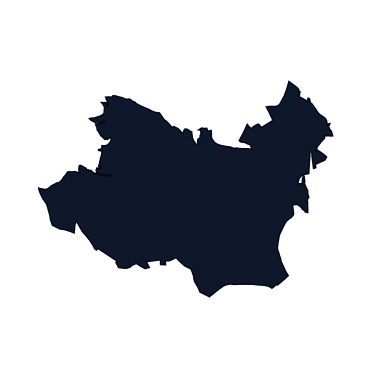 Sincai, Mures, Romania (orthographic projection), rotated 348°
{"feature_id": "2599482B3867982596225", "entity_name": "Sincai", "entity_type": "district", "adm_level": 2, "iso_a3": "ROU", "parent_name": "Romania", "parent_adm1": "Mures", "projection": "orthographic", "projection_center": [24.372, 46.658], "detail": "fine", "context": "isolated", "style": "filled", "palette": "ink", "viewbox_px": 384, "rotation_deg": 348, "n_neighbors": 0, "source": "geoboundaries", "source_scale": "gbopen_adm2", "svg_char_len": 6048}
<svg xmlns="http://www.w3.org/2000/svg" viewBox="0 0 384 384"><g transform="rotate(348 192 192)"><path d="M264.6,278.3L264.8,275.1L264.3,273.1L264.3,270.5L263.7,266.4L263.8,265.1L264.0,263.8L265.5,259.6L268.1,253.0L270.0,250.1L271.3,248.6L274.1,244.8L277.3,241.0L279.4,239.4L284.2,237.2L286.3,235.6L286.8,234.3L287.0,233.0L287.5,226.9L287.8,225.4L291.4,225.9L292.5,226.2L293.7,227.2L295.1,229.1L296.0,229.7L296.2,231.4L296.6,232.1L298.2,233.5L298.8,235.2L300.9,236.1L301.9,231.3L302.2,228.9L302.7,227.5L302.9,224.9L303.6,222.7L304.8,221.9L305.0,221.4L305.1,220.7L304.8,218.1L305.4,214.6L304.3,210.4L303.7,206.7L304.4,205.5L304.6,204.4L304.7,202.2L304.3,201.7L304.5,201.0L305.0,200.6L304.8,200.1L303.6,200.9L302.8,202.1L301.5,207.0L297.6,205.9L297.6,204.8L299.6,201.0L301.7,199.4L302.2,199.1L304.9,198.8L305.5,198.1L310.0,198.2L315.8,177.2L317.7,178.0L317.0,180.8L315.8,194.2L318.2,193.9L318.2,190.7L328.2,188.4L328.9,188.1L330.9,185.6L327.5,181.4L324.0,177.7L323.4,177.3L322.1,178.5L321.2,178.5L321.0,178.2L321.5,177.4L323.1,175.6L324.0,173.4L324.6,173.2L324.9,172.6L325.9,172.3L328.9,169.6L330.5,168.6L331.3,167.7L332.4,167.4L332.6,167.2L333.0,165.6L333.3,165.1L333.7,164.9L335.0,164.9L337.5,165.4L339.6,166.1L341.2,166.3L341.2,164.8L340.9,161.7L340.6,160.7L339.8,159.7L339.3,157.2L338.9,156.0L339.0,155.7L340.1,155.4L340.2,154.9L341.0,153.8L338.5,153.8L338.6,153.3L338.1,153.0L338.3,152.3L338.4,150.2L337.7,147.7L332.6,142.2L331.2,139.6L330.1,136.4L328.0,131.7L327.4,130.4L326.5,129.7L326.3,128.9L326.2,126.1L326.3,125.1L325.8,124.7L325.1,124.4L324.2,126.5L323.7,127.2L318.6,122.7L317.2,121.6L316.8,121.1L317.2,119.8L317.4,118.5L318.5,116.6L317.1,115.6L317.6,114.7L317.7,114.1L316.9,112.4L316.3,111.5L309.8,104.1L306.4,110.6L302.1,117.5L295.7,124.8L292.2,125.9L284.9,124.3L282.4,124.3L284.3,130.9L284.9,134.0L285.5,136.0L286.0,138.9L273.4,143.4L271.1,139.4L269.6,139.8L269.1,139.7L264.6,141.4L263.5,142.3L263.1,142.3L262.2,141.2L260.9,139.2L260.5,138.3L260.3,137.4L260.0,137.5L254.8,144.6L248.9,151.6L250.3,153.2L250.8,153.5L251.4,153.5L254.8,155.0L255.5,155.8L257.4,157.1L258.7,157.7L259.9,163.1L259.3,163.1L258.9,162.4L256.0,161.5L247.4,159.4L244.5,158.2L242.0,158.1L239.1,156.1L235.9,155.0L230.0,152.6L226.3,150.3L224.1,147.9L223.2,145.5L222.9,145.0L222.5,144.0L222.4,141.9L223.1,138.7L223.5,135.8L220.0,135.8L219.7,132.9L219.4,132.7L217.7,132.6L215.3,131.6L214.0,131.6L211.5,132.6L212.9,133.1L213.1,133.3L213.2,133.7L213.3,134.6L213.0,136.4L212.5,137.8L211.6,138.6L211.4,140.1L210.6,141.3L209.7,141.3L208.9,141.6L208.2,142.8L207.9,144.4L207.9,146.1L207.8,146.4L206.4,146.5L206.0,146.3L205.7,146.0L205.5,145.1L205.0,144.2L205.0,143.8L204.5,143.2L203.7,139.9L203.6,138.6L203.8,137.8L203.9,134.1L204.3,133.3L201.9,131.4L201.4,130.7L200.1,129.5L198.0,129.0L197.6,129.3L196.2,131.5L195.1,133.0L192.2,128.2L191.5,127.2L190.1,126.0L187.7,124.2L187.2,124.9L185.9,124.6L182.7,119.1L181.6,117.5L180.1,115.9L179.3,114.7L178.8,113.2L176.5,107.8L174.6,107.3L171.5,105.9L166.1,101.7L160.1,97.5L157.6,95.5L157.0,94.8L156.1,94.3L155.8,94.3L155.3,93.5L155.3,92.7L152.7,90.8L151.9,90.1L151.2,89.0L150.2,88.2L149.6,87.9L147.9,88.0L145.4,86.8L143.7,85.4L139.0,83.2L138.1,82.5L137.0,82.2L135.0,81.3L134.6,81.5L133.6,82.4L132.7,82.4L129.7,81.6L127.2,81.3L128.3,87.3L127.8,90.0L126.8,89.9L126.7,86.8L122.1,85.7L123.5,88.5L123.8,89.5L124.0,91.2L123.7,92.4L123.1,94.0L122.7,96.0L122.0,96.9L120.4,98.0L117.0,98.8L111.5,99.3L108.8,98.8L106.9,99.0L107.5,100.0L109.4,101.9L111.7,103.6L112.6,103.9L114.3,103.8L117.4,105.7L119.2,104.8L120.4,104.4L121.0,104.6L121.0,105.3L118.0,106.2L115.9,106.1L111.8,105.4L111.9,106.1L112.5,106.2L112.6,106.6L112.5,106.9L112.0,107.0L111.9,107.2L112.1,107.4L112.6,109.0L112.4,109.6L112.2,111.6L112.4,112.2L113.2,112.6L113.3,113.0L113.0,113.8L113.9,115.2L114.2,116.7L114.2,117.1L114.5,117.8L114.9,118.4L115.3,118.9L115.9,118.9L116.1,119.1L116.1,120.1L117.8,122.5L119.4,122.0L119.9,123.1L122.9,121.6L124.1,122.6L124.1,123.1L123.7,123.5L124.0,124.3L121.4,127.0L120.0,127.9L118.9,128.5L117.0,128.7L116.3,128.7L113.6,128.0L113.0,130.0L112.3,130.8L111.6,131.2L110.0,131.0L109.3,131.2L109.2,131.6L109.5,132.0L110.8,132.6L112.4,133.0L112.6,133.2L111.4,136.7L110.5,138.3L107.6,144.3L107.2,145.8L106.6,146.3L106.2,147.3L106.0,147.9L107.8,149.2L107.2,150.4L104.9,149.3L104.2,148.7L103.9,148.8L103.5,149.8L102.9,150.4L102.8,151.1L103.0,151.5L102.7,152.3L102.6,153.5L105.3,154.6L106.6,155.5L108.8,156.5L110.1,157.4L113.4,158.3L115.6,158.3L115.5,158.8L113.2,158.8L110.6,158.4L107.8,157.1L106.6,156.7L104.7,155.5L102.6,154.7L101.8,154.0L100.8,153.7L98.9,152.0L97.6,149.8L97.0,149.8L96.3,150.4L95.8,150.4L95.5,149.6L95.7,149.3L95.3,148.8L93.6,148.4L93.3,146.9L89.2,143.3L88.2,142.7L87.7,142.7L87.2,143.0L86.5,144.6L86.0,146.5L86.1,148.1L85.2,149.8L82.5,148.1L81.3,147.6L80.9,147.7L78.8,147.5L76.5,146.8L74.7,146.5L71.9,149.1L69.6,150.8L67.6,152.9L65.2,154.5L63.6,155.2L63.2,155.3L61.6,154.8L61.9,155.1L56.6,156.5L51.7,158.8L49.9,159.2L48.7,159.0L45.5,157.7L43.4,156.8L42.9,156.4L42.8,158.0L42.9,158.8L43.3,161.7L45.1,168.5L46.8,172.1L47.1,173.1L47.5,175.5L47.7,177.4L47.8,180.9L48.2,185.4L47.9,188.0L47.9,189.8L48.6,195.7L49.3,196.0L55.0,200.6L59.4,202.2L60.8,202.9L65.1,205.4L68.2,207.5L70.5,200.0L70.9,199.2L72.9,196.1L76.3,207.1L77.2,209.1L79.0,212.1L81.9,217.7L84.0,223.2L84.9,226.6L84.9,227.2L86.5,228.9L88.2,227.5L104.6,244.2L103.0,245.0L104.5,250.5L105.0,250.8L110.8,252.7L112.6,252.9L116.4,252.4L116.5,251.7L120.9,250.6L122.4,250.4L122.7,250.2L126.8,254.3L130.3,257.2L132.5,256.9L134.5,257.0L132.8,250.6L147.1,251.8L146.2,256.4L150.9,257.7L151.7,253.6L154.8,254.5L156.9,254.3L162.9,252.8L164.6,256.0L169.6,262.8L174.6,266.7L175.1,267.7L175.6,269.8L176.2,275.5L175.8,277.1L176.0,280.2L177.9,285.9L178.4,287.6L179.0,291.5L187.4,298.1L187.7,297.8L198.1,292.6L203.2,290.4L205.3,289.9L210.1,289.8L213.8,291.1L219.6,292.1L231.8,294.7L238.7,297.0L240.9,297.5L243.6,298.4L247.1,299.9L249.4,301.8L250.2,302.7L255.7,299.9L256.3,300.7L264.2,296.5L268.7,293.8L267.1,289.3L264.9,279.7L264.6,278.3Z" fill="#0f172a" stroke="#020617" stroke-width="1.5"/></g></svg>